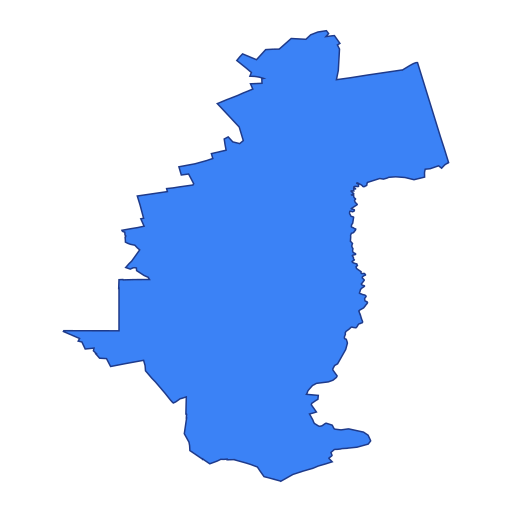 the district of Īves pag., Talsi, Latvia
{"feature_id": "27541924B94003939070520", "entity_name": "Īves pag.", "entity_type": "district", "adm_level": 2, "iso_a3": "LVA", "parent_name": "Latvia", "parent_adm1": "Talsi", "projection": "natural_earth1", "projection_center": [22.538, 57.438], "detail": "fine", "context": "isolated", "style": "filled", "palette": "blue", "viewbox_px": 512, "rotation_deg": 0, "n_neighbors": 0, "source": "geoboundaries", "source_scale": "gbopen_adm2", "svg_char_len": 6029}
<svg xmlns="http://www.w3.org/2000/svg" viewBox="0 0 512 512"><path d="M337.6,363.8L345.7,349.5L347.4,343.2L347.2,342.1L346.3,339.4L345.8,339.0L345.0,338.9L344.5,338.4L344.4,337.3L344.6,336.2L345.3,334.6L345.4,334.1L345.2,332.9L345.5,332.4L346.0,331.4L348.8,329.4L351.2,327.2L352.0,327.1L353.5,327.5L355.9,327.8L356.3,327.5L357.0,326.7L357.8,325.4L357.8,325.2L358.6,324.2L359.3,323.7L360.1,323.6L361.3,323.0L362.0,322.9L362.5,322.4L362.6,321.8L362.5,321.3L361.5,318.9L361.4,318.2L361.2,318.1L360.9,316.8L360.8,316.4L360.5,315.6L360.5,315.2L360.1,314.6L360.1,314.1L359.9,314.0L359.3,312.4L359.3,312.0L359.0,311.6L358.9,311.3L359.1,311.0L359.0,310.8L359.7,310.1L363.6,307.9L365.4,305.7L365.5,305.4L366.9,303.8L367.5,302.8L367.1,302.4L367.1,301.8L367.0,301.7L365.4,301.1L365.1,300.9L364.8,300.2L364.8,299.9L364.6,298.7L364.9,298.1L365.9,296.8L366.1,296.3L366.0,296.0L365.5,295.5L364.7,295.0L362.5,294.5L361.2,293.9L360.1,293.6L359.4,293.1L360.2,290.8L360.5,289.5L362.1,287.9L363.7,286.9L364.4,286.3L364.5,286.1L364.4,285.8L364.0,285.6L362.7,285.3L361.8,284.8L361.5,284.5L361.3,283.9L362.1,283.1L364.2,280.3L364.2,279.9L362.2,277.9L362.5,276.7L364.2,275.6L365.4,275.1L365.5,274.9L364.7,273.7L364.1,273.4L362.0,273.6L361.5,273.5L361.2,273.2L361.0,272.8L361.1,271.7L356.9,268.8L356.3,268.0L356.1,266.6L357.4,265.6L357.4,265.4L357.1,265.1L356.9,264.0L356.6,263.8L356.1,263.8L353.2,262.8L352.2,261.9L352.1,261.5L352.4,261.2L354.0,260.3L354.3,259.8L353.5,258.9L353.4,257.4L352.4,256.0L352.3,255.6L352.6,255.3L353.5,255.0L355.4,254.5L355.6,254.3L355.6,253.9L355.0,253.4L353.2,252.5L352.6,251.1L352.6,250.6L352.9,248.9L352.9,248.4L352.4,247.9L351.7,246.0L351.9,245.5L352.2,244.2L352.5,243.5L351.3,242.1L350.4,241.3L350.7,237.1L350.6,235.2L351.4,233.3L351.6,233.2L352.2,233.1L353.1,232.8L353.6,232.4L353.8,232.0L354.4,231.7L354.5,231.2L355.3,230.4L355.7,229.5L355.6,228.9L354.9,228.9L354.6,228.7L353.4,227.8L352.0,227.3L351.4,226.8L351.3,226.5L351.5,225.8L351.5,225.0L352.1,224.0L352.7,223.2L353.6,217.4L353.6,217.2L353.4,217.0L352.6,216.7L351.3,216.4L351.0,216.2L350.8,215.9L350.3,214.8L349.7,213.9L349.5,213.1L349.8,211.4L350.0,211.2L350.8,211.2L351.7,211.5L352.1,211.7L352.5,211.8L354.0,211.2L354.4,210.4L354.4,210.1L354.3,209.8L353.3,209.4L351.5,208.9L351.3,208.6L352.1,208.0L356.7,205.0L357.1,204.7L357.2,204.3L355.7,202.8L355.0,201.9L354.5,200.6L354.6,200.2L355.5,199.2L355.5,198.8L354.5,198.0L354.0,197.4L353.8,196.9L353.6,195.1L352.0,195.2L351.6,194.9L352.2,194.5L353.0,194.0L353.7,193.8L353.7,193.5L351.3,191.5L351.1,191.2L351.2,190.9L352.3,190.8L353.8,191.0L353.7,188.7L354.8,188.7L355.1,189.0L355.5,188.9L355.5,188.6L355.0,188.2L353.8,187.7L353.8,187.0L354.0,186.8L355.0,186.3L357.8,186.6L358.5,186.4L358.6,186.2L358.6,185.8L358.3,184.1L356.8,183.3L356.9,183.0L357.1,182.8L358.2,183.2L359.8,184.2L360.5,184.4L362.1,185.5L362.8,186.4L363.6,186.7L364.8,186.5L365.4,185.9L366.2,185.7L366.8,185.2L366.9,183.9L367.1,183.5L367.1,183.1L367.5,182.4L379.7,178.5L383.5,179.1L387.0,178.1L388.8,177.3L395.7,176.8L405.0,177.5L414.0,179.7L424.6,177.1L424.5,172.9L424.7,171.3L425.2,169.2L430.2,168.7L438.6,165.8L441.6,168.2L444.7,164.9L447.8,162.9L447.9,163.1L448.6,162.6L444.5,149.3L440.5,137.0L417.5,62.6L416.2,62.6L414.4,63.2L412.8,63.9L409.7,65.6L402.1,70.2L401.8,70.0L367.8,75.0L350.1,77.8L336.4,79.7L338.3,70.5L339.5,49.1L337.4,44.9L339.9,43.4L334.4,35.6L332.2,35.8L325.9,36.6L328.6,33.6L326.4,30.7L317.9,32.0L310.7,34.8L305.9,39.3L291.2,38.5L279.2,49.1L273.0,49.2L265.7,49.6L256.5,59.7L242.6,53.9L239.9,56.7L236.8,60.5L246.5,68.3L251.4,72.5L249.9,76.2L254.5,76.4L256.8,76.7L259.5,77.2L263.5,78.4L261.8,78.8L262.0,83.3L250.5,83.8L252.8,89.1L243.6,92.8L237.6,95.5L226.7,99.7L217.3,103.6L239.2,127.0L243.3,140.6L239.7,143.6L232.8,141.9L228.2,136.9L224.2,139.0L225.0,144.3L226.1,150.2L211.4,153.6L212.8,158.5L205.8,160.8L195.0,163.8L178.9,166.8L181.3,175.0L188.6,174.0L193.7,183.7L192.9,185.0L178.7,187.0L173.2,187.9L166.6,188.6L167.4,191.6L137.3,196.0L140.0,204.8L143.6,218.3L140.8,218.8L144.1,226.2L137.6,227.6L130.8,228.7L121.9,230.3L122.1,230.8L122.8,231.5L124.8,232.2L125.0,235.0L125.7,235.7L125.6,236.8L125.1,237.1L125.4,240.6L125.4,242.1L127.7,243.3L130.4,244.3L134.8,245.2L137.3,247.8L139.7,249.9L131.7,261.1L129.1,263.6L125.7,267.5L130.3,269.1L133.1,267.8L134.9,267.7L136.4,268.0L136.6,270.6L144.1,275.5L148.2,277.3L149.5,279.5L133.9,279.6L123.1,279.9L122.9,279.5L119.0,279.7L118.7,288.3L119.0,288.2L119.0,330.8L63.8,330.7L63.4,331.5L79.6,338.5L78.2,341.1L81.9,342.0L85.2,349.0L94.0,348.1L93.4,350.8L96.4,353.7L95.8,353.9L99.6,358.2L106.5,358.6L110.6,366.5L125.5,363.6L143.6,360.3L145.1,365.6L145.5,370.8L151.9,378.3L155.4,381.9L165.1,393.3L170.1,399.6L172.1,401.9L173.3,403.0L175.3,402.1L176.3,401.5L180.2,398.7L181.6,398.4L186.3,396.9L185.9,413.9L186.3,413.8L186.6,414.2L186.3,418.0L186.6,418.0L184.3,433.7L189.0,442.2L189.6,445.5L189.9,450.6L202.3,459.0L202.5,458.9L202.6,459.5L203.4,459.4L204.0,459.9L209.8,463.8L217.1,461.1L220.8,459.3L223.9,459.4L227.1,459.1L227.1,459.8L234.5,459.6L234.5,459.8L246.0,463.0L250.8,464.5L257.4,467.0L259.7,470.5L264.0,476.6L280.3,481.0L280.7,481.3L293.0,474.4L303.1,471.1L313.1,468.2L318.3,466.0L325.6,463.9L332.2,461.8L328.9,458.4L329.0,458.0L331.6,456.0L332.0,455.5L332.0,455.2L331.0,452.7L331.0,452.4L334.2,449.6L334.5,449.5L336.0,449.3L336.7,449.4L340.4,449.0L341.9,448.6L347.1,448.3L348.1,448.1L357.0,447.2L368.2,444.1L370.6,441.0L370.6,440.6L368.1,435.2L363.5,432.1L348.8,428.9L347.4,429.0L341.0,429.9L335.2,429.2L334.3,428.9L333.7,428.0L332.3,425.3L332.1,425.1L326.5,423.3L326.0,423.2L325.0,423.7L322.3,425.6L321.7,425.9L319.8,426.3L318.7,426.1L314.5,423.5L313.8,422.5L312.7,419.7L309.5,414.0L313.5,412.9L316.4,412.0L311.3,404.8L311.7,403.4L316.0,400.4L317.9,399.3L318.3,395.4L306.4,394.3L307.3,392.6L307.7,391.2L308.7,389.8L312.3,385.7L313.3,385.0L314.3,384.6L315.9,383.6L316.8,383.3L328.3,381.9L333.0,380.2L336.3,377.5L336.8,376.7L337.1,375.9L333.1,370.3L332.8,369.4L332.8,368.9L334.5,365.7L335.1,365.2L337.3,364.0L337.6,363.8Z" fill="#3b82f6" stroke="#1e3a8a" stroke-width="1.5"/></svg>